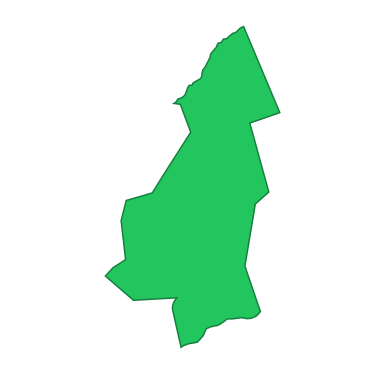 Jardim do Mulato, Piauí, Brazil (Robinson projection), rotated 256°
{"feature_id": "56859067B52295682462002", "entity_name": "Jardim do Mulato", "entity_type": "district", "adm_level": 2, "iso_a3": "BRA", "parent_name": "Brazil", "parent_adm1": "Piauí", "projection": "robinson", "projection_center": [-42.519, -6.135], "detail": "fine", "context": "isolated", "style": "filled", "palette": "green", "viewbox_px": 384, "rotation_deg": 256, "n_neighbors": 0, "source": "geoboundaries", "source_scale": "gbopen_adm2", "svg_char_len": 1098}
<svg xmlns="http://www.w3.org/2000/svg" viewBox="0 0 384 384"><g transform="rotate(256 192 192)"><path d="M59.5,229.5L65.5,228.9L107.3,225.4L165.0,250.5L173.4,266.5L235.6,265.0L244.9,264.7L247.8,296.4L340.1,282.1L339.4,278.6L336.3,273.2L336.1,270.1L334.8,267.2L332.4,262.8L332.7,259.3L330.1,256.7L330.0,253.1L326.4,250.4L324.3,247.3L322.7,245.3L321.2,243.3L318.5,242.3L311.6,236.3L309.6,234.4L307.8,232.1L305.0,230.5L301.6,229.3L299.9,227.6L298.8,223.7L297.7,219.6L295.6,217.7L296.2,215.1L294.3,213.1L288.6,209.3L287.1,207.5L285.9,204.8L285.6,200.8L283.2,198.3L282.3,195.9L279.9,201.9L250.3,205.2L218.8,171.9L211.6,164.4L200.7,153.2L199.7,126.1L181.3,116.3L144.7,111.5L142.5,111.2L137.6,97.0L131.4,87.6L101.1,109.0L93.0,151.8L91.0,149.2L88.8,147.2L85.6,145.4L82.8,144.7L43.9,143.8L45.1,146.9L45.6,152.2L45.1,157.7L45.1,160.9L46.7,163.5L50.0,168.2L52.8,170.4L55.8,172.7L56.6,177.3L56.6,181.1L56.3,184.6L57.2,187.9L58.5,191.5L60.3,195.4L59.1,200.6L58.6,204.9L58.1,209.7L55.8,214.7L55.2,218.6L55.5,221.8L56.2,224.7L58.0,227.5L59.5,229.5Z" fill="#22c55e" stroke="#15803d" stroke-width="1.5"/></g></svg>